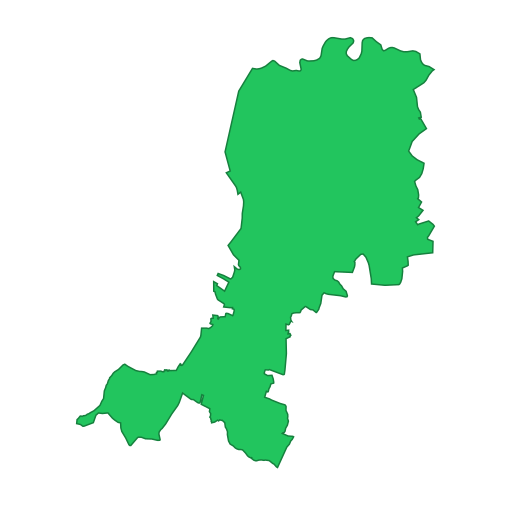 Purísima, Córdoba, Colombia, rotated 176°
{"feature_id": "7082276B35662466924312", "entity_name": "Purísima", "entity_type": "district", "adm_level": 2, "iso_a3": "COL", "parent_name": "Colombia", "parent_adm1": "Córdoba", "projection": "albers", "projection_center": [-75.703, 9.291], "detail": "fine", "context": "isolated", "style": "filled", "palette": "green", "viewbox_px": 512, "rotation_deg": 176, "n_neighbors": 0, "source": "geoboundaries", "source_scale": "gbopen_adm2", "svg_char_len": 6023}
<svg xmlns="http://www.w3.org/2000/svg" viewBox="0 0 512 512"><g transform="rotate(176 256 256)"><path d="M246.4,443.4L261.7,421.7L279.6,362.0L275.8,342.6L279.8,341.1L271.4,327.1L270.7,325.6L270.1,322.8L269.7,318.8L266.8,320.8L264.6,313.3L264.5,310.8L265.0,306.8L266.7,299.5L267.1,294.7L269.0,284.5L280.0,271.8L283.1,268.5L278.4,258.8L273.3,252.9L274.1,248.7L273.8,247.6L272.4,245.8L272.3,244.3L272.9,243.8L274.0,243.7L275.5,244.1L278.4,246.9L278.1,243.6L278.7,241.5L280.8,236.4L282.7,234.9L283.1,234.9L289.6,238.8L295.0,241.2L296.0,239.3L290.0,235.5L284.9,231.8L289.8,223.1L297.3,229.3L296.4,231.0L300.0,233.4L300.6,223.8L299.3,223.0L299.1,221.0L297.5,215.7L296.8,214.8L291.2,210.6L290.9,209.6L291.8,207.4L285.7,206.3L283.0,206.2L283.3,205.0L281.8,204.5L281.5,203.8L281.7,202.4L283.1,198.5L283.4,198.1L288.0,200.6L289.7,200.9L290.1,200.7L291.0,197.6L295.9,197.7L296.9,197.2L298.1,195.7L298.6,196.1L298.0,198.3L298.4,199.2L303.2,200.1L303.0,196.9L304.9,196.9L305.4,196.5L305.4,193.9L306.6,192.1L306.2,191.5L303.8,190.7L304.3,189.3L306.4,187.7L308.2,186.9L310.4,187.5L315.3,187.8L316.5,180.8L317.1,179.0L327.4,164.6L336.8,152.5L337.6,152.0L339.3,152.4L338.5,153.3L339.1,153.8L341.3,151.0L343.5,147.4L350.4,147.7L350.4,148.2L350.7,148.2L350.7,147.7L351.6,147.3L352.3,147.4L352.2,148.3L353.5,148.7L353.9,148.2L354.1,148.6L355.1,148.8L355.9,147.0L357.3,147.0L358.9,147.8L362.4,148.0L362.6,146.9L363.4,146.7L363.4,145.4L366.2,144.9L369.9,145.0L375.5,148.1L377.9,148.7L380.3,149.0L383.9,150.1L391.6,154.9L394.4,157.2L396.2,156.6L401.1,152.4L405.0,150.3L406.6,149.0L408.3,146.7L410.5,144.7L410.7,143.7L411.9,142.2L413.3,138.6L414.4,137.5L415.1,135.3L416.7,132.0L418.0,124.4L419.9,121.9L422.1,117.8L428.5,112.9L432.1,111.3L434.0,110.2L435.3,110.0L436.4,109.1L437.8,108.7L439.3,108.7L440.6,108.1L441.8,108.6L442.6,108.5L444.5,106.4L445.9,105.3L446.6,101.3L442.9,100.2L440.5,98.2L439.2,98.3L429.9,101.1L426.8,108.3L424.1,110.4L420.2,109.6L414.7,109.8L410.5,104.2L408.3,102.1L405.1,99.6L402.7,99.0L402.8,93.9L402.1,90.3L398.6,83.4L395.9,76.6L395.2,75.8L394.1,75.7L386.8,83.1L385.9,83.5L383.0,83.2L379.0,81.4L372.7,80.7L367.1,79.0L364.9,78.9L364.5,79.3L364.5,79.7L365.3,85.3L364.9,87.2L363.0,89.6L361.8,90.4L357.9,94.7L351.1,104.3L344.5,112.3L342.8,115.2L338.8,124.4L331.1,117.8L330.1,117.3L328.5,117.2L324.4,113.8L323.2,113.3L322.6,113.3L322.1,113.8L321.4,115.4L319.7,121.4L318.1,120.6L321.0,111.9L312.7,106.9L313.3,104.0L312.2,101.9L312.6,99.5L313.3,98.5L312.5,97.4L312.4,96.0L312.0,95.3L312.3,94.3L311.9,93.7L311.9,92.7L308.8,93.2L305.8,94.9L304.8,94.1L303.6,95.1L301.8,94.4L301.2,94.5L298.8,91.9L298.5,87.4L297.6,85.8L296.7,82.7L297.0,79.8L296.3,73.4L294.9,70.2L291.9,68.1L290.1,66.0L288.5,64.9L286.5,64.1L285.2,64.1L283.0,63.6L280.2,60.2L278.4,57.3L277.2,56.1L275.3,55.0L274.5,55.2L274.3,55.0L274.6,54.4L272.3,52.4L270.5,51.7L269.5,51.7L267.4,52.2L264.9,52.2L262.3,51.6L261.0,51.8L257.1,51.0L253.8,47.9L252.6,47.2L250.3,44.2L249.3,43.5L238.6,63.2L235.8,66.0L234.3,69.0L232.7,70.5L231.1,73.0L231.8,73.5L236.6,74.2L242.2,77.2L241.4,77.8L240.1,78.1L239.3,79.1L238.4,82.2L236.5,85.0L235.2,89.0L235.9,92.0L235.5,93.2L235.4,95.8L236.9,99.9L236.5,103.7L236.9,104.7L237.5,105.5L242.2,107.2L250.5,111.2L252.5,112.5L257.2,114.5L255.1,120.3L254.0,119.6L253.3,119.8L252.3,122.8L251.1,124.6L250.2,127.2L248.8,127.7L247.3,127.9L247.1,128.8L247.4,132.1L248.4,135.9L252.8,135.9L255.8,137.9L256.0,138.5L254.9,141.6L254.5,141.8L251.4,141.4L250.6,141.8L237.3,135.7L236.4,135.8L236.0,136.1L235.1,140.2L232.5,156.4L231.8,171.4L227.7,173.0L227.9,173.5L226.8,174.4L227.5,176.2L229.5,176.0L229.2,177.2L228.9,177.3L228.7,177.9L228.9,178.0L228.6,179.7L231.4,179.6L230.8,186.0L228.5,185.1L227.6,185.5L226.2,187.9L225.4,188.7L225.1,188.5L225.7,189.7L225.8,192.5L224.9,193.9L224.4,195.8L222.5,196.5L219.6,196.6L216.2,196.4L215.5,197.2L214.8,198.9L210.4,202.2L209.5,201.9L205.5,198.8L203.0,198.3L199.9,195.4L199.5,195.5L197.1,198.5L196.6,200.1L194.7,204.1L192.9,212.3L190.6,214.6L188.8,213.5L186.3,212.7L174.5,210.5L169.4,208.9L168.1,209.0L167.6,209.8L167.7,210.5L168.6,214.5L171.3,217.2L172.7,220.2L174.3,222.1L175.4,224.3L176.8,225.6L179.0,226.5L180.4,227.9L180.8,228.8L180.7,230.6L178.7,234.9L161.0,232.9L158.5,238.3L158.0,240.3L157.8,242.8L158.4,243.5L156.5,246.1L151.3,250.4L149.0,250.5L146.4,247.1L144.4,241.4L143.8,238.6L142.6,225.3L142.7,220.0L129.4,217.8L115.5,217.5L114.7,218.0L113.5,219.7L112.1,223.1L110.8,230.4L110.8,233.8L105.5,235.7L104.8,236.2L104.7,240.2L105.0,244.6L98.7,246.1L79.5,246.9L78.4,258.3L83.6,260.7L83.6,262.8L82.3,264.1L76.0,273.3L77.2,275.2L81.3,278.9L91.2,276.5L92.5,275.9L94.4,279.0L91.1,280.9L93.3,283.0L90.9,284.7L86.2,289.9L90.5,293.0L87.1,298.3L90.7,301.9L89.9,302.7L89.5,305.5L90.0,310.8L91.6,314.7L92.6,319.3L91.3,320.5L87.4,323.0L84.9,326.6L83.1,331.4L81.9,336.8L88.6,340.8L93.2,344.9L96.4,350.0L92.2,359.4L84.7,366.5L77.1,371.2L82.1,381.4L83.5,381.2L84.0,382.4L81.5,382.9L82.0,388.0L83.5,390.6L84.5,393.6L84.8,403.0L87.5,411.1L76.5,417.1L74.1,419.5L71.0,424.3L67.3,428.3L65.4,429.5L70.1,432.9L74.5,434.4L76.1,435.8L77.2,437.5L78.2,440.2L78.4,446.2L82.3,448.9L85.3,449.7L90.9,449.2L94.3,449.4L97.7,450.6L103.6,453.9L105.6,454.5L107.4,454.5L109.2,454.0L112.8,452.1L114.4,451.8L115.7,453.2L116.8,457.9L121.0,461.4L124.9,465.5L128.0,466.0L130.1,465.9L132.5,465.4L133.7,464.5L134.6,463.5L135.2,461.4L136.1,452.9L136.9,450.4L139.2,446.4L141.2,444.9L143.2,444.2L145.4,444.3L147.2,445.5L151.0,449.4L151.9,451.6L151.6,453.8L150.2,456.2L148.6,458.1L144.3,461.7L143.7,463.1L143.6,464.3L144.5,466.1L146.6,467.2L151.9,466.2L155.2,466.4L163.0,468.3L165.1,468.5L166.5,468.3L168.4,467.5L170.6,465.9L171.9,464.5L174.4,460.7L175.5,458.5L177.1,451.4L178.2,449.4L179.0,448.6L181.9,447.2L184.8,446.7L189.8,446.8L191.3,447.1L195.8,449.3L197.0,449.1L198.2,448.2L198.8,445.9L197.9,439.0L198.3,438.2L198.9,437.6L200.1,437.5L202.9,438.3L206.6,438.0L208.8,438.7L212.7,441.2L219.4,444.5L223.8,449.1L225.5,449.8L226.7,449.3L233.2,444.7L237.3,443.1L239.7,442.6L242.2,442.4L246.4,443.4Z" fill="#22c55e" stroke="#15803d" stroke-width="1.5"/></g></svg>